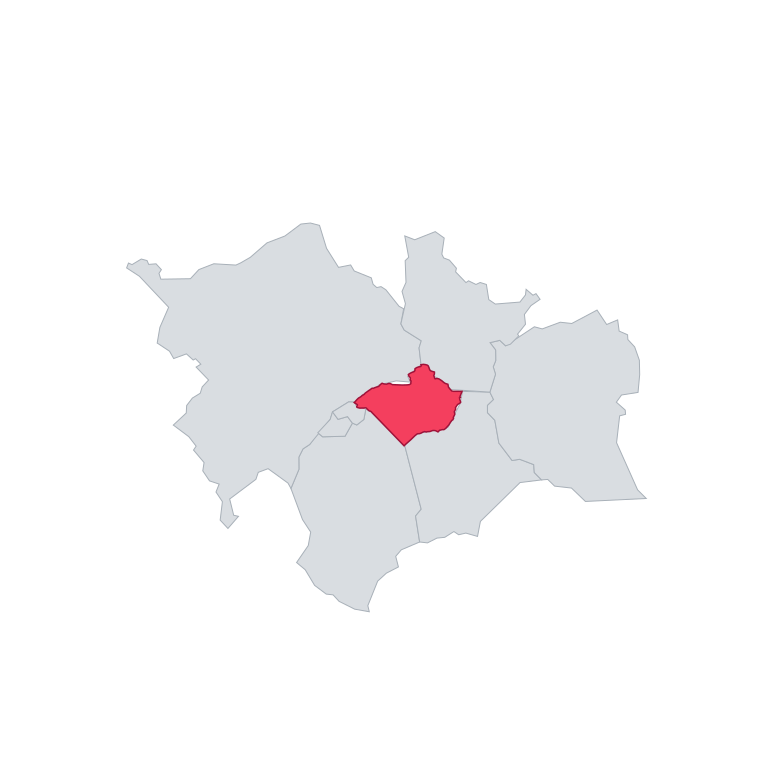 Uganda highlighted among its neighbors, rotated 46°
{"feature_id": "UGA", "entity_name": "Uganda", "entity_type": "country or territory", "adm_level": 0, "iso_a3": "UGA", "parent_name": "Africa", "parent_adm1": "", "projection": "orthographic", "projection_center": [32.128, 1.375], "detail": "fine", "context": "with_neighbors", "style": "filled", "palette": "rose", "viewbox_px": 768, "rotation_deg": 46, "n_neighbors": 7, "source": "natural_earth", "source_scale": "50m", "svg_char_len": 5980}
<svg xmlns="http://www.w3.org/2000/svg" viewBox="0 0 768 768"><g transform="rotate(46 384 384)"><path d="M442.4,411.7L499.9,444.2L500.9,453.0L522.4,468.1L515.3,486.7L516.1,495.3L525.6,500.7L521.7,513.8L521.4,525.5L532.2,549.6L537.6,552.8L525.6,561.5L509.2,567.3L500.3,567.1L495.0,571.5L480.7,573.8L462.9,569.7L451.7,570.9L447.6,550.7L439.6,539.6L424.9,536.8L394.5,523.5L386.3,504.5L377.5,496.1L374.4,487.3L375.9,479.5L373.1,465.5L379.4,464.8L394.5,448.3L390.2,433.9L394.6,432.0L395.5,423.1L389.4,414.5L394.8,412.7L442.4,411.7Z" fill="#d9dde1" stroke="#a8b0b8" stroke-width="1"/><path d="M372.1,447.3L375.9,479.5L374.4,487.3L377.5,496.1L386.3,504.5L394.5,523.5L388.6,521.9L364.4,526.2L360.2,535.8L363.6,542.4L359.5,574.9L374.0,583.3L378.1,580.6L379.5,596.6L368.1,596.4L356.4,582.0L345.0,579.9L341.5,572.1L332.5,576.8L320.6,574.7L315.5,568.0L299.2,566.9L298.2,562.3L286.3,561.0L267.2,564.1L267.5,546.4L262.4,540.9L261.0,531.6L263.0,522.6L259.8,516.8L259.3,507.4L241.3,507.4L242.5,502.0L234.9,502.0L234.2,504.6L225.1,505.2L219.6,517.6L211.4,515.5L197.0,518.7L187.6,505.9L179.2,485.6L136.6,485.1L121.7,488.5L119.5,483.8L123.1,482.3L125.5,471.8L130.6,468.7L134.5,470.2L139.2,464.5L147.1,464.7L148.1,469.0L153.6,471.7L173.8,450.1L173.1,437.7L179.3,422.9L195.6,407.9L197.3,403.0L200.0,392.2L201.2,370.1L208.7,352.5L211.2,332.7L217.1,325.1L225.1,320.2L246.5,331.1L268.5,335.7L275.2,325.3L282.0,326.9L298.8,319.4L304.7,322.6L309.6,322.2L311.9,318.5L317.5,317.2L338.5,319.2L343.5,317.6L352.5,330.1L359.3,332.0L378.8,327.2L382.4,333.7L395.8,343.9L394.8,361.6L400.9,363.7L390.2,373.1L381.2,388.1L380.3,400.4L376.8,406.2L376.7,417.6L372.3,421.9L368.3,440.4L372.1,447.3Z" fill="#d9dde1" stroke="#a8b0b8" stroke-width="1"/><path d="M522.4,468.1L500.9,453.0L499.9,444.2L442.4,411.7L442.3,395.6L459.6,368.2L451.1,343.1L443.9,332.6L463.4,313.5L471.3,316.0L471.3,324.5L476.5,329.5L487.1,329.5L506.3,342.4L528.0,345.0L532.4,338.7L546.0,332.3L552.1,337.4L562.4,337.3L549.4,354.6L549.8,410.1L558.6,422.6L548.1,428.7L544.3,435.0L538.7,436.2L536.5,446.8L531.6,453.0L528.5,463.1L522.4,468.1Z" fill="#d9dde1" stroke="#a8b0b8" stroke-width="1"/><path d="M390.2,433.9L394.5,448.3L379.4,464.8L373.1,465.5L372.1,447.3L368.3,440.4L377.5,441.6L382.1,432.9L390.2,433.9Z" fill="#d9dde1" stroke="#a8b0b8" stroke-width="1"/><path d="M648.5,274.9L608.4,320.7L589.1,321.4L576.0,332.2L566.4,332.5L562.4,337.3L552.1,337.4L546.0,332.3L532.4,338.7L528.0,345.0L506.3,342.4L487.1,329.5L476.5,329.5L471.3,324.5L471.3,316.0L463.4,313.5L454.4,297.0L447.5,293.5L444.8,287.4L437.1,280.1L427.9,279.0L433.0,270.4L441.0,270.0L447.3,236.1L454.3,231.9L462.0,214.3L470.9,206.9L478.8,179.4L495.9,182.5L500.2,171.4L509.3,178.1L517.8,174.6L521.4,177.7L531.4,177.9L544.3,183.8L554.9,193.6L566.5,207.1L556.9,220.8L558.5,229.5L570.3,228.6L573.6,231.3L570.6,236.6L587.8,257.5L636.3,275.1L648.5,274.9Z" fill="#d9dde1" stroke="#a8b0b8" stroke-width="1"/><path d="M389.4,414.5L395.5,423.1L394.6,432.0L390.2,433.9L382.1,432.9L377.5,441.6L368.3,440.4L372.3,421.9L376.7,417.6L380.3,419.2L389.4,414.5Z" fill="#d9dde1" stroke="#a8b0b8" stroke-width="1"/><path d="M395.8,343.9L382.4,333.7L378.8,327.2L359.3,332.0L352.5,330.1L341.1,312.8L329.9,306.7L326.2,297.6L310.0,283.1L310.0,278.2L291.9,266.2L301.6,261.7L310.0,241.3L320.8,239.3L330.8,252.2L334.8,253.5L340.3,250.9L351.0,251.5L353.1,254.6L368.0,254.6L368.5,251.5L376.3,248.7L377.8,244.3L383.5,241.2L396.1,250.0L403.8,248.4L419.5,229.3L418.2,220.3L414.6,216.0L423.6,215.2L424.6,211.9L431.5,212.9L429.7,223.9L431.5,234.7L439.3,240.7L440.9,253.3L443.0,253.6L443.2,265.4L441.0,270.0L433.0,270.4L427.9,279.0L437.1,280.1L444.8,287.4L447.5,293.5L454.4,297.0L463.4,313.5L434.6,339.6L423.9,339.6L411.7,343.1L402.0,339.7L395.8,343.9Z" fill="#d9dde1" stroke="#a8b0b8" stroke-width="1"/><path d="M442.4,412.5L440.8,412.5L438.1,412.5L435.4,412.5L432.7,412.5L429.9,412.5L427.2,412.5L424.5,412.5L421.8,412.5L419.1,412.5L416.4,412.5L413.7,412.5L411.0,412.5L408.3,412.5L405.6,412.5L402.9,412.5L400.2,412.5L397.5,412.5L395.9,412.5L395.6,412.4L395.4,412.4L394.3,412.6L393.3,413.2L392.2,413.5L391.0,413.4L390.8,413.5L390.2,413.5L389.3,413.4L388.5,413.6L387.9,414.2L387.3,415.2L386.2,416.3L385.3,417.3L384.6,418.1L382.9,419.2L382.0,419.6L381.5,419.5L381.3,419.3L380.7,417.8L380.4,417.5L377.1,418.3L376.6,418.3L376.7,417.9L376.4,414.3L376.4,412.1L376.8,410.7L377.1,409.1L377.1,407.7L377.7,405.4L377.5,403.9L378.2,399.0L378.4,398.1L378.7,395.7L379.2,395.0L379.7,394.7L380.2,393.2L381.3,390.9L382.0,389.6L381.9,387.0L382.0,385.2L382.2,384.8L383.8,384.1L385.8,382.4L386.7,380.5L387.9,379.2L390.3,378.4L397.4,371.6L400.7,368.0L402.1,366.1L402.2,365.5L402.4,364.6L401.9,363.9L401.2,363.3L400.9,362.7L400.4,362.4L399.5,362.4L399.0,362.0L398.3,361.2L397.7,360.7L395.7,360.7L394.1,359.9L394.2,358.7L394.8,356.5L395.9,353.9L396.0,353.2L395.8,352.6L395.6,352.1L395.0,351.6L394.5,351.0L394.9,349.1L395.7,347.3L396.3,346.4L396.9,345.4L396.7,344.5L395.8,344.1L396.3,343.3L397.2,342.0L399.0,340.6L400.6,339.7L401.7,339.6L403.7,340.4L405.6,341.3L406.6,341.3L407.8,340.9L410.4,339.4L411.0,339.9L411.8,340.8L412.6,342.4L414.2,343.1L415.0,343.6L415.5,343.7L415.8,343.6L416.5,342.4L417.2,341.7L418.6,340.9L421.6,340.2L423.8,340.0L424.7,339.9L426.2,339.5L428.6,338.2L431.0,339.8L433.6,340.1L436.1,340.1L436.8,339.6L437.3,339.3L439.9,336.6L443.5,333.0L445.8,338.1L446.7,338.4L446.5,338.8L446.3,339.2L447.9,340.4L449.8,341.1L450.5,341.7L450.5,342.4L449.9,345.3L450.0,346.1L450.7,349.1L451.8,349.8L452.8,352.7L454.8,354.0L455.1,354.3L455.6,355.8L456.2,357.4L456.7,357.7L457.0,357.8L457.6,359.5L457.3,360.4L457.8,363.3L458.5,365.8L458.7,368.9L458.8,370.2L458.7,371.1L458.6,372.2L458.2,372.9L457.5,373.5L456.8,374.6L456.2,375.7L455.8,376.2L456.1,377.9L456.0,378.3L455.9,378.5L454.9,378.8L453.8,379.2L453.0,379.6L452.0,380.5L451.2,381.4L450.1,384.0L448.3,386.1L448.0,386.8L446.3,388.0L445.6,389.6L445.1,391.4L444.5,392.8L443.0,394.6L442.7,397.5L442.7,403.3L442.4,409.9L442.4,412.5Z" fill="#f43f5e" stroke="#9f1239" stroke-width="1.5"/></g></svg>